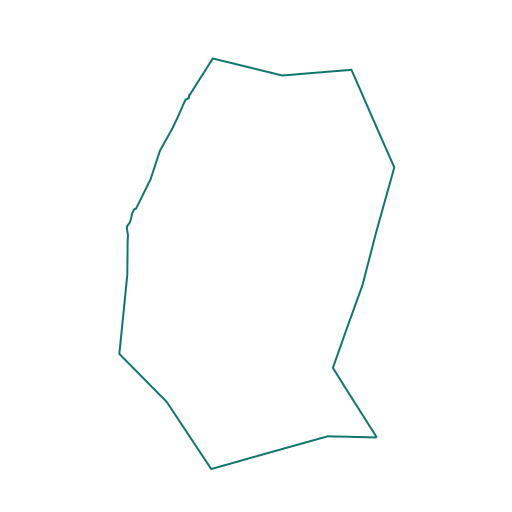 Meråker nor, Nord-Trøndelag, Norway (Mercator projection), rotated 350°
{"feature_id": "86288312B15566061957795", "entity_name": "Meråker nor", "entity_type": "district", "adm_level": 2, "iso_a3": "NOR", "parent_name": "Norway", "parent_adm1": "Nord-Trøndelag", "projection": "mercator", "projection_center": [11.797, 63.407], "detail": "fine", "context": "isolated", "style": "outline", "palette": "teal", "viewbox_px": 512, "rotation_deg": 350, "n_neighbors": 0, "source": "geoboundaries", "source_scale": "gbopen_adm2", "svg_char_len": 2313}
<svg xmlns="http://www.w3.org/2000/svg" viewBox="0 0 512 512"><g transform="rotate(350 256 256)"><path d="M343.5,455.7L343.4,455.6L341.3,450.4L332.1,428.0L321.8,403.1L312.3,379.5L329.6,348.9L335.2,339.0L336.0,337.6L346.6,319.2L356.1,302.6L361.8,290.0L378.5,253.4L391.2,226.9L397.9,212.9L399.6,209.4L407.6,192.7L399.1,158.4L395.4,143.1L385.8,103.5L385.8,103.4L382.3,89.2L334.1,84.7L332.1,84.5L331.5,84.5L331.2,84.5L330.9,84.4L330.3,84.4L329.8,84.3L329.2,84.3L313.3,82.8L312.5,82.5L285.3,70.5L247.7,54.0L219.2,85.3L218.9,85.4L218.9,85.5L218.7,85.6L218.6,85.8L218.4,85.9L218.4,86.0L218.2,86.2L218.2,86.3L218.0,86.5L217.9,86.6L217.8,86.8L217.8,87.0L217.7,87.3L217.7,87.5L217.6,87.8L217.6,88.0L217.5,88.3L217.4,88.3L217.2,88.4L217.1,88.5L217.0,88.8L216.9,88.9L216.8,89.0L216.7,89.0L216.6,88.9L216.4,88.8L216.2,88.9L216.1,89.0L215.9,89.2L215.8,89.3L215.7,89.3L213.8,89.7L213.7,89.9L213.7,90.0L211.7,92.7L202.9,105.9L195.3,116.5L179.7,135.6L165.5,162.1L146.1,188.5L144.1,188.9L141.1,193.1L139.4,197.7L137.4,201.3L134.1,204.3L134.3,204.6L133.5,206.4L133.6,207.5L133.6,208.0L133.6,210.9L133.5,213.4L133.5,213.5L132.6,217.3L132.5,217.8L132.4,217.9L126.0,252.1L118.7,278.0L115.8,288.4L104.4,328.7L142.7,384.1L174.9,458.0L190.9,456.4L193.3,456.2L195.0,456.0L196.6,455.8L200.0,455.5L202.1,455.3L204.8,455.0L207.1,454.8L208.1,454.7L208.4,454.6L210.9,454.4L212.4,454.2L214.3,454.0L216.4,453.8L218.6,453.6L219.6,453.5L220.6,453.4L221.0,453.4L225.3,452.9L225.8,452.9L227.4,452.7L227.9,452.7L229.3,452.5L231.2,452.3L233.3,452.1L234.0,452.1L235.2,451.9L236.1,451.9L237.4,451.7L238.3,451.6L239.9,451.5L240.9,451.4L241.9,451.3L242.9,451.2L243.6,451.1L244.5,451.0L245.2,451.0L247.0,450.8L248.8,450.6L250.3,450.4L251.5,450.3L253.7,450.1L256.2,449.9L258.6,449.6L261.6,449.3L263.5,449.1L264.7,449.0L267.1,448.8L268.9,448.6L271.2,448.4L271.7,448.3L274.2,448.1L275.3,448.0L277.7,447.7L280.6,447.5L282.5,447.3L283.6,447.2L286.0,446.9L288.1,446.7L290.8,446.5L293.4,446.2L295.3,446.0L295.8,446.1L297.1,446.4L297.7,446.5L298.6,446.7L301.2,447.2L304.0,447.8L305.1,448.0L307.4,448.4L309.3,448.8L311.7,449.3L313.4,449.6L316.8,450.3L318.6,450.7L320.5,451.1L322.7,451.5L326.1,452.2L327.7,452.5L330.0,453.0L332.2,453.4L334.9,454.0L338.0,454.6L339.5,454.9L341.4,455.3L343.3,455.6L343.5,455.7Z" fill="none" stroke="#0f766e" stroke-width="2"/></g></svg>